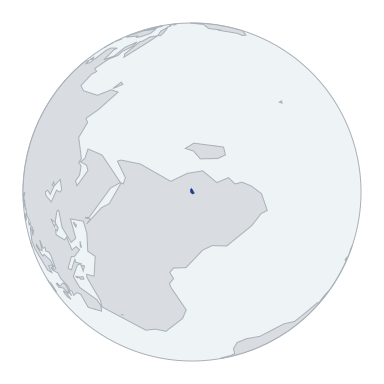 Rumphi on an orthographic globe, rotated 255°
{"feature_id": "MWI-1903", "entity_name": "Rumphi", "entity_type": "District", "adm_level": 1, "iso_a3": "MWI", "parent_name": "Malawi", "parent_adm1": "", "projection": "orthographic", "projection_center": [33.827, -10.78], "detail": "fine", "context": "on_globe", "style": "filled", "palette": "blue", "viewbox_px": 384, "rotation_deg": 255, "n_neighbors": 0, "source": "natural_earth", "source_scale": "10m", "svg_char_len": 6081}
<svg xmlns="http://www.w3.org/2000/svg" viewBox="0 0 384 384"><g transform="rotate(255 192 192)"><circle cx="192" cy="192" r="169" fill="#eef3f6" stroke="#a8b0b8"/><path d="M23.8,175.9L24.1,177.2L24.1,183.6L23.8,188.3L24.5,188.5L24.6,191.4L29.9,191.5L34.9,196.6L36.2,206.7L35.0,220.2L40.8,246.3L40.4,257.6L45.0,268.1L52.7,284.7L51.9,285.6L56.9,291.9L60.4,297.1L61.1,298.7L65.4,303.7L66.2,304.7L68.6,307.2L75.9,314.8L80.9,319.2L87.8,325.0L91.0,327.4L91.4,327.8L93.2,329.1L83.3,321.4L74.0,312.9L65.3,303.8L57.4,294.1L50.2,283.8L43.7,273.0L38.1,261.7L33.3,250.1L29.5,238.1L26.5,225.9L24.4,213.5L23.3,201.0L23.1,188.4L23.8,175.9ZM94.0,329.6L95.6,330.8L95.5,330.7L94.0,329.6ZM96.1,331.1L91.9,328.1L95.5,330.3L98.6,332.7L96.8,331.6L96.1,331.1ZM88.0,324.2L86.0,322.0L87.0,322.5L88.6,324.2L88.0,324.2ZM343.9,118.1L346.3,123.7L345.3,124.8L346.1,127.4L343.4,122.8L343.3,126.7L351.1,145.8L352.1,150.6L350.3,157.2L349.6,153.4L342.5,141.1L343.6,152.4L349.1,164.8L351.1,177.7L348.0,172.0L345.7,160.7L343.1,156.0L342.0,146.0L336.5,130.1L333.1,131.1L331.7,125.3L323.5,112.2L317.8,113.5L309.9,125.6L311.6,140.6L307.6,146.4L295.8,122.9L290.6,108.6L286.2,109.2L274.1,96.7L252.9,93.8L249.9,90.3L245.9,91.6L237.4,87.8L233.0,82.4L227.8,82.5L239.6,97.0L245.2,97.1L250.0,92.1L252.2,97.3L260.5,102.7L251.0,114.7L219.7,125.3L216.8,114.2L194.1,86.0L194.9,83.1L194.8,82.8L194.6,82.2L192.2,87.0L188.4,82.0L200.3,100.6L202.2,109.1L219.2,125.9L217.6,127.7L223.1,131.4L241.1,127.9L241.2,131.7L232.5,149.2L207.8,174.2L211.2,192.2L209.7,207.8L194.7,218.4L196.4,231.0L188.7,235.6L188.5,242.9L182.5,250.8L172.4,258.7L154.7,259.9L153.3,253.2L144.0,240.9L130.9,211.6L135.0,197.6L133.2,187.5L120.5,166.6L123.3,154.3L120.0,149.7L113.1,151.8L109.3,146.5L105.2,147.0L79.7,155.9L72.3,150.2L64.2,130.8L69.0,121.1L70.5,111.6L104.3,75.3L110.8,75.5L136.7,68.4L139.8,69.0L136.0,75.6L154.9,81.9L161.8,76.0L179.6,79.8L191.9,79.5L197.5,67.6L177.4,67.7L174.6,62.3L191.3,57.4L209.0,58.5L208.5,56.5L197.9,51.9L202.6,48.7L194.3,50.2L197.2,52.1L192.1,53.4L189.2,51.8L190.9,50.5L185.8,49.7L178.7,56.6L180.9,59.2L167.0,61.1L169.3,65.9L165.3,68.5L159.9,61.4L160.9,58.7L150.3,52.5L148.0,55.4L157.8,61.6L154.5,61.3L151.5,66.1L151.1,62.3L141.1,55.5L128.9,58.8L112.4,72.4L105.5,74.7L100.3,73.8L107.4,61.9L121.9,58.1L124.7,54.6L122.7,51.0L127.3,50.4L128.2,48.7L133.8,47.5L142.6,42.7L148.4,41.6L152.8,37.1L156.4,36.2L152.8,38.9L153.4,40.6L167.9,39.2L171.0,38.1L172.7,35.5L176.5,35.8L176.2,33.5L185.1,32.5L174.1,32.1L175.8,29.9L181.6,28.3L180.2,27.7L170.7,30.5L168.7,31.8L170.1,32.9L163.0,37.5L157.8,38.7L157.8,34.3L150.4,35.8L153.7,32.5L177.3,25.7L186.6,24.7L200.2,26.7L197.5,27.6L191.2,27.1L196.1,29.1L196.1,28.1L199.3,28.6L201.7,27.3L204.0,27.7L202.3,26.1L205.5,26.4L206.5,27.4L212.7,26.5L219.5,27.3L219.8,27.0L218.2,26.5L227.9,28.3L227.6,28.1L224.4,27.3L221.8,26.4L221.0,25.8L224.4,26.4L225.2,26.7L231.8,28.7L233.3,29.9L234.6,30.2L234.1,29.4L226.0,26.9L224.6,26.4L228.9,27.4L227.2,27.0L227.6,27.0L231.1,27.7L226.6,26.6L238.1,29.4L249.4,33.1L260.4,37.5L271.0,42.7L281.3,48.6L291.1,55.2L300.5,62.5L309.3,70.4L317.5,78.9L325.2,88.0L332.1,97.6L338.4,107.6L343.9,118.1ZM92.0,91.5L90.9,94.3L92.0,91.5ZM227.5,66.6L238.2,68.0L233.8,60.8L237.5,60.9L234.6,58.6L233.4,60.3L226.4,54.4L231.1,53.1L230.0,50.5L226.4,50.0L218.8,53.5L228.8,61.6L226.1,64.2L227.5,66.6ZM128.1,42.3L129.7,42.6L127.1,44.6L119.7,47.4L123.4,44.4L128.1,42.3ZM132.5,42.9L134.6,38.6L139.3,37.1L136.3,38.6L139.2,38.0L135.2,40.3L137.6,43.7L135.4,45.8L123.0,49.0L128.2,46.6L126.4,46.1L132.5,42.9ZM131.8,34.6L132.7,33.9L141.6,31.4L139.7,32.4L132.2,34.9L130.1,35.2L131.8,34.6ZM146.4,29.3L145.9,29.5L146.4,29.3ZM143.4,30.2L144.3,29.9L141.2,30.8L143.4,30.2ZM143.8,66.4L146.3,66.4L150.3,65.7L148.5,69.0L143.8,66.4ZM136.7,61.7L139.1,61.0L138.4,64.8L135.8,65.0L136.7,61.7ZM140.9,57.7L139.2,60.7L138.6,59.2L140.9,57.7ZM155.0,38.4L157.5,37.8L157.6,38.4L155.9,39.5L155.0,38.4ZM185.1,23.2L180.9,23.5L179.3,23.5L180.2,23.5L185.1,23.2ZM193.8,69.5L189.9,71.8L188.2,70.7L189.9,70.1L193.8,69.5ZM167.9,69.9L173.5,71.1L167.3,70.8L167.9,69.9ZM184.8,23.3L184.3,23.2L186.4,23.2L184.8,23.3ZM256.2,299.5L256.9,302.2L254.5,302.0L256.2,299.5ZM238.7,206.4L227.2,234.1L219.2,233.9L217.7,225.4L221.9,208.5L231.2,204.1L235.8,196.8L238.7,206.4ZM358.0,216.9L358.2,219.1L358.0,219.8L358.0,216.9ZM358.0,212.7L358.5,214.6L357.6,214.2L358.0,212.7ZM358.6,215.3L359.0,215.4L359.3,214.9L359.0,216.4L358.6,215.3ZM357.5,211.7L353.3,206.0L351.1,201.9L352.0,199.5L355.5,203.6L357.5,211.7ZM351.8,199.2L348.0,188.1L339.8,161.1L342.8,162.9L350.8,180.9L350.4,183.1L352.7,191.3L351.8,199.2ZM359.5,192.3L359.0,199.4L357.1,195.6L356.0,193.1L355.3,182.7L355.7,178.5L356.8,179.7L358.6,168.3L359.7,173.8L359.6,179.1L360.3,186.7L359.5,192.3ZM312.4,142.2L316.4,152.2L313.9,153.1L312.4,142.2ZM357.7,159.4L358.0,164.2L357.2,156.9L357.7,159.4ZM356.2,152.0L357.0,155.5L356.0,151.5L356.2,152.0ZM347.6,131.9L346.6,131.5L345.8,129.1L346.6,128.3L347.6,131.9ZM214.7,24.6L211.1,24.4L210.8,24.9L214.4,25.8L207.8,24.8L208.2,24.1L214.7,24.6ZM334.7,282.5L329.6,284.7L330.1,281.3L333.6,276.7L341.2,259.9L341.4,260.8L345.7,250.3L350.9,246.4L355.7,233.8L355.4,234.8L351.7,247.3L346.9,259.4L341.2,271.2L334.7,282.5ZM358.7,219.6L358.3,221.3L358.9,218.2L358.7,219.6ZM360.9,188.9L360.6,189.3L360.7,194.5L360.9,193.5L360.7,196.2L360.4,205.2L360.1,207.6L360.6,198.0L359.9,206.1L359.7,205.1L360.1,197.3L360.5,189.3L360.7,186.6L360.9,187.9L360.9,188.9ZM359.5,169.9L359.5,170.2L359.4,169.4L359.5,169.9ZM356.0,151.4L355.8,150.5L354.1,144.2L356.0,151.4Z" fill="#d9dde1" stroke="#a8b0b8" stroke-width="1"/><path d="M194.3,191.4L194.3,191.5L194.4,191.8L194.5,191.9L194.4,191.9L194.4,192.0L194.4,192.4L194.3,192.5L193.2,192.5L192.7,192.9L192.6,192.7L192.4,192.5L192.2,192.7L191.9,192.7L191.8,192.8L191.7,192.9L191.4,192.8L191.3,192.7L191.2,192.7L191.1,192.8L190.9,193.0L190.9,192.9L190.9,192.7L190.7,192.7L190.4,192.6L190.4,192.4L190.3,192.2L190.4,192.3L190.4,192.2L190.5,192.1L190.8,192.1L191.0,192.0L191.1,191.9L191.3,191.6L191.5,191.5L191.6,191.4L192.4,191.0L192.8,191.4L193.0,191.4L194.3,191.4L194.3,191.4Z" fill="#3b82f6" stroke="#1e3a8a" stroke-width="1.5"/></g></svg>